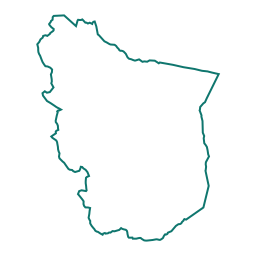 Santa María Yavesía, Oaxaca, Mexico (Mercator projection)
{"feature_id": "50627088B32377939266128", "entity_name": "Santa María Yavesía", "entity_type": "district", "adm_level": 2, "iso_a3": "MEX", "parent_name": "Mexico", "parent_adm1": "Oaxaca", "projection": "mercator", "projection_center": [-96.422, 17.203], "detail": "fine", "context": "isolated", "style": "outline", "palette": "teal", "viewbox_px": 256, "rotation_deg": 0, "n_neighbors": 0, "source": "geoboundaries", "source_scale": "gbopen_adm2", "svg_char_len": 3380}
<svg xmlns="http://www.w3.org/2000/svg" viewBox="0 0 256 256"><path d="M218.7,74.1L212.1,72.6L207.5,71.4L202.0,70.8L194.6,69.0L183.5,67.2L172.8,64.8L159.8,62.5L158.8,63.3L154.8,60.7L149.6,60.4L147.2,61.7L144.2,61.4L142.5,61.8L142.0,61.5L139.8,59.9L139.1,59.4L135.5,60.5L134.9,60.6L133.0,60.0L131.4,59.3L129.0,58.7L127.6,57.4L125.8,53.8L123.7,51.6L122.6,51.0L121.2,50.7L120.3,50.8L119.3,50.1L118.6,48.9L117.2,47.5L116.2,46.0L114.6,44.8L110.6,44.5L109.5,44.1L106.8,42.5L104.4,41.3L99.0,35.3L97.8,34.4L96.3,26.4L96.2,26.1L94.7,21.5L93.4,21.8L92.4,23.0L92.2,23.9L89.7,22.7L87.9,23.5L86.6,22.7L85.4,22.7L82.6,19.7L82.2,19.4L81.5,19.9L80.5,20.0L79.8,20.0L78.8,19.9L78.1,19.8L77.6,20.5L76.0,26.1L64.1,15.4L53.8,15.9L53.1,16.6L52.7,17.2L52.6,19.7L51.0,21.0L50.8,21.8L49.1,24.1L49.7,25.3L51.0,26.7L51.4,27.3L52.2,27.8L53.0,28.5L53.7,29.0L53.6,30.3L53.2,30.9L50.2,33.1L49.9,33.9L47.3,35.9L46.5,35.6L45.8,35.3L44.9,35.4L43.7,35.8L43.2,35.9L42.7,37.6L40.5,39.4L39.3,41.9L37.3,44.3L38.2,47.9L38.2,50.1L38.4,52.1L39.1,54.0L40.1,55.7L41.0,58.1L42.0,60.7L42.7,62.3L44.2,64.6L45.4,66.2L47.7,66.5L50.3,67.7L52.1,69.5L51.9,72.2L50.9,74.4L51.7,79.2L51.8,81.6L51.3,83.3L52.4,85.4L53.5,87.4L52.1,89.2L49.8,92.1L46.9,92.7L44.8,91.3L42.5,93.2L43.0,95.6L47.0,101.0L50.4,103.0L52.8,104.6L54.3,105.6L56.0,106.8L57.3,107.6L59.5,108.7L61.0,109.6L59.1,110.5L57.7,110.7L57.2,111.5L57.7,112.3L56.8,115.5L55.7,120.7L55.8,122.1L57.2,124.0L57.9,125.9L58.0,128.2L58.3,129.9L56.3,130.8L55.7,131.8L55.9,133.3L53.4,135.0L51.3,136.5L52.2,137.6L53.4,138.5L54.6,139.3L56.3,140.5L57.1,142.2L57.3,143.6L57.9,146.8L58.1,149.4L58.7,151.6L59.5,153.3L59.0,156.6L59.5,158.4L62.7,161.6L64.1,162.7L65.8,165.2L68.4,168.9L69.7,169.7L72.1,170.0L73.3,171.2L75.1,172.0L79.3,170.8L79.9,169.6L80.6,167.8L80.8,166.8L82.2,167.0L83.4,168.4L85.6,169.8L87.5,172.2L89.0,176.0L86.8,177.0L86.0,177.8L85.7,181.2L85.7,183.2L86.1,186.0L86.3,188.4L86.6,190.4L86.0,191.1L83.8,190.7L81.6,190.3L79.2,191.1L78.0,194.1L79.5,195.9L81.5,198.4L82.6,199.8L83.6,201.3L83.5,204.1L84.1,205.9L85.4,207.4L88.1,207.5L90.1,208.0L89.6,211.0L89.3,214.0L88.6,217.8L89.5,219.8L90.2,220.9L90.2,223.4L91.6,225.8L93.1,227.7L94.5,229.3L95.2,230.6L96.5,231.5L98.0,231.9L100.2,233.4L102.6,234.7L103.2,233.6L104.9,233.0L105.5,233.6L107.9,233.3L109.1,232.5L110.5,232.6L112.5,231.1L114.5,231.3L119.3,229.9L121.1,228.1L122.3,228.9L124.0,229.4L125.8,229.8L126.8,230.7L127.3,232.2L127.5,234.0L128.2,236.9L129.0,237.7L132.4,237.6L132.8,238.7L135.6,238.7L136.1,238.7L138.6,238.1L139.4,238.0L140.0,237.9L140.4,238.0L140.7,238.0L141.6,238.8L144.0,240.3L144.4,240.4L144.9,240.5L146.1,240.6L146.8,240.6L152.5,240.0L156.3,239.3L156.7,239.3L157.3,239.4L159.5,239.9L159.8,239.9L160.5,239.7L161.0,239.4L162.2,238.6L162.8,238.1L163.1,237.8L163.7,236.3L164.9,234.5L165.0,234.4L165.3,234.3L165.5,234.4L165.8,234.6L166.2,234.5L166.9,234.2L167.2,234.0L167.5,233.7L167.8,232.8L168.0,232.6L168.3,232.5L171.4,231.2L175.9,225.9L178.4,224.2L179.6,224.1L180.2,224.0L181.3,223.3L182.1,221.9L183.5,220.6L183.9,219.6L184.4,219.1L186.1,219.6L203.4,207.5L208.7,185.9L205.5,170.8L205.6,170.7L206.1,166.8L205.7,164.2L205.9,162.2L209.0,156.4L208.2,154.4L207.6,150.4L206.9,147.0L205.6,144.9L204.3,143.3L203.7,138.2L204.2,136.0L202.8,132.7L202.5,121.0L201.4,116.6L201.5,115.4L199.6,110.3L199.9,109.8L200.2,107.0L203.3,103.4L205.0,102.2L206.7,98.4L218.7,74.1Z" fill="none" stroke="#0f766e" stroke-width="2"/></svg>